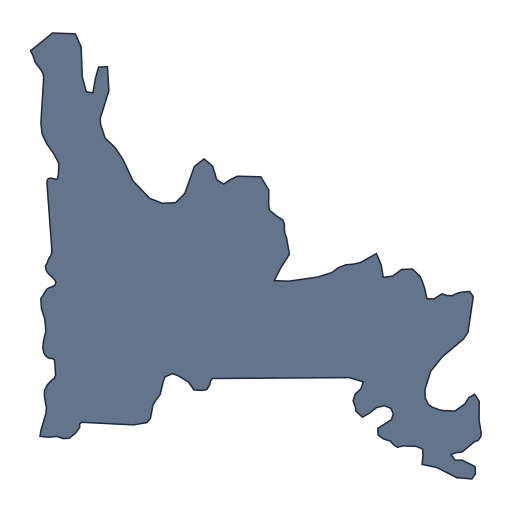 outline of Ogun
{"feature_id": "NGA-2852", "entity_name": "Ogun", "entity_type": "State", "adm_level": 1, "iso_a3": "NGA", "parent_name": "Nigeria", "parent_adm1": "", "projection": "natural_earth1", "projection_center": [3.522, 7.137], "detail": "fine", "context": "isolated", "style": "filled", "palette": "slate", "viewbox_px": 512, "rotation_deg": 0, "n_neighbors": 0, "source": "natural_earth", "source_scale": "10m", "svg_char_len": 2567}
<svg xmlns="http://www.w3.org/2000/svg" viewBox="0 0 512 512"><path d="M56.8,179.4L57.5,178.9L57.7,177.3L58.3,174.9L58.9,163.5L53.7,153.6L46.8,144.0L42.1,133.9L40.9,123.3L41.4,114.4L43.7,77.7L43.1,73.8L41.0,69.9L35.4,62.7L32.7,54.9L30.8,51.5L30.7,50.5L32.3,49.4L52.5,33.0L75.2,33.8L81.1,46.6L82.3,76.9L86.3,91.8L92.9,92.9L95.3,78.9L98.6,67.1L107.5,66.7L108.9,90.7L100.3,118.3L100.5,124.0L105.1,138.1L114.9,147.4L122.6,158.8L133.1,181.0L149.6,198.3L162.3,203.3L175.5,202.7L184.8,193.4L194.4,166.4L204.1,158.9L212.7,166.3L216.7,179.6L223.5,184.1L230.3,179.6L237.4,176.2L260.8,176.8L268.8,190.1L268.7,205.2L269.3,210.0L276.1,215.7L282.9,220.0L284.5,224.7L284.4,229.9L285.1,234.1L286.6,238.0L289.4,254.3L280.7,268.0L274.3,280.6L288.5,281.2L317.4,277.1L331.8,272.6L338.3,267.7L345.8,264.8L352.8,264.2L359.9,262.8L376.4,253.6L381.3,265.1L383.2,277.4L392.7,276.1L401.6,269.5L412.4,269.0L420.2,276.5L423.0,283.3L425.2,290.3L425.9,294.6L427.1,298.7L433.8,299.0L442.0,293.8L446.9,295.5L452.0,295.8L455.9,293.8L460.1,292.4L469.6,291.4L473.3,296.6L468.0,332.2L463.5,339.0L442.4,356.8L430.7,371.2L425.1,389.1L425.0,397.4L428.4,404.4L431.6,406.9L439.0,409.7L442.9,410.5L455.0,411.0L465.1,403.7L468.9,397.5L474.7,394.3L479.2,401.3L479.1,420.6L481.3,433.3L480.7,436.9L478.1,440.4L474.3,441.8L462.4,451.8L454.8,453.0L451.1,454.7L455.1,460.2L462.1,460.1L475.1,466.6L475.5,473.9L471.8,479.0L457.6,477.7L457.4,478.0L436.9,467.6L422.0,464.4L422.1,463.7L423.0,456.2L422.6,449.0L416.2,446.4L402.8,445.9L397.4,447.3L393.4,444.6L390.2,441.0L383.6,439.0L378.1,435.1L377.8,428.4L391.3,419.8L393.3,414.1L390.9,408.4L384.3,405.7L376.6,407.6L369.5,413.1L362.4,417.2L355.7,411.0L355.5,407.6L353.1,400.9L355.1,394.1L360.8,389.0L363.3,381.9L349.4,377.6L212.5,378.5L210.4,381.0L209.7,384.8L206.9,389.5L202.3,390.4L193.9,389.9L188.5,382.0L177.8,375.6L172.3,373.6L165.0,376.9L163.5,380.8L160.1,394.7L156.5,399.3L153.0,404.9L150.5,418.1L147.0,422.6L133.3,424.9L82.2,422.3L79.7,423.7L79.7,427.5L75.2,433.5L69.0,438.3L63.1,438.6L57.0,436.4L49.2,437.2L41.3,436.5L40.0,436.3L40.8,430.8L41.6,428.1L45.9,413.5L46.4,407.7L44.4,396.3L44.5,390.7L47.2,384.9L51.4,380.5L54.3,378.3L55.6,375.2L54.8,362.7L54.4,360.0L53.0,358.7L50.1,358.4L47.7,357.6L45.7,355.9L43.9,353.2L42.7,347.8L43.4,341.9L45.9,330.5L44.7,319.1L41.5,308.7L40.8,298.8L46.8,289.1L49.6,287.6L52.6,286.5L55.0,285.1L55.9,282.1L54.6,279.6L48.4,273.7L46.4,270.8L45.5,267.3L45.7,265.4L46.8,263.6L48.9,258.4L50.8,255.6L51.6,253.0L51.8,249.3L46.9,182.4L47.5,179.4L49.3,178.2L51.7,178.2L56.8,179.4Z" fill="#64748b" stroke="#1e293b" stroke-width="1.5"/></svg>